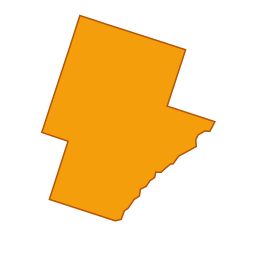 Redwood, Minnesota, United States of America (Natural Earth projection), rotated 108°
{"feature_id": "52423323B50406906000435", "entity_name": "Redwood", "entity_type": "district", "adm_level": 2, "iso_a3": "USA", "parent_name": "United States of America", "parent_adm1": "Minnesota", "projection": "natural_earth1", "projection_center": [-95.193, 44.447], "detail": "fine", "context": "isolated", "style": "filled", "palette": "amber", "viewbox_px": 256, "rotation_deg": 108, "n_neighbors": 0, "source": "geoboundaries", "source_scale": "gbopen_adm2", "svg_char_len": 552}
<svg xmlns="http://www.w3.org/2000/svg" viewBox="0 0 256 256"><g transform="rotate(108 128 128)"><path d="M35.9,208.5L69.1,208.4L128.1,208.6L155.6,208.6L158.8,208.7L159.1,180.9L220.2,180.7L220.2,111.5L217.0,106.2L207.9,105.9L204.2,103.1L194.1,100.1L189.1,96.1L182.4,97.3L177.8,92.6L171.4,90.9L166.8,87.4L161.4,87.9L159.9,82.9L156.6,81.1L149.2,76.5L148.2,74.0L139.1,71.1L124.5,57.4L118.2,59.9L112.9,59.2L107.2,54.1L105.9,49.1L95.2,47.3L95.1,97.5L35.8,97.4L35.9,152.5L36.0,180.5L35.9,208.5Z" fill="#f59e0b" stroke="#b45309" stroke-width="1.5"/></g></svg>